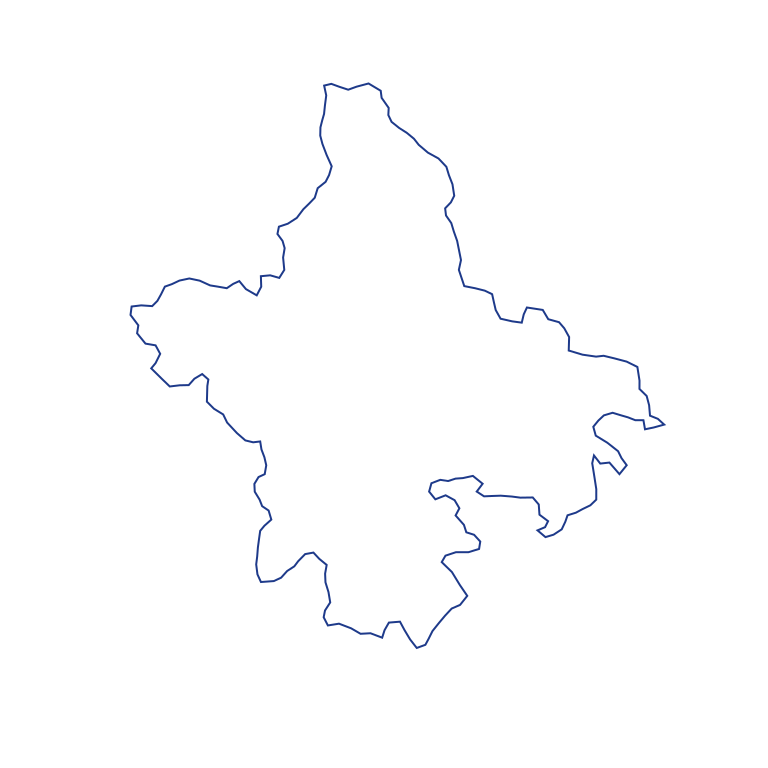 Laje do Muriaé, Rio de Janeiro, Brazil (Natural Earth projection), rotated 127°
{"feature_id": "56859067B52854744724154", "entity_name": "Laje do Muriaé", "entity_type": "district", "adm_level": 2, "iso_a3": "BRA", "parent_name": "Brazil", "parent_adm1": "Rio de Janeiro", "projection": "natural_earth1", "projection_center": [-42.133, -21.251], "detail": "fine", "context": "isolated", "style": "outline", "palette": "blue", "viewbox_px": 768, "rotation_deg": 127, "n_neighbors": 0, "source": "geoboundaries", "source_scale": "gbopen_adm2", "svg_char_len": 3166}
<svg xmlns="http://www.w3.org/2000/svg" viewBox="0 0 768 768"><g transform="rotate(127 384 384)"><path d="M181.7,611.4L188.3,603.8L197.1,598.8L204.4,594.4L210.4,592.1L217.3,589.2L224.0,584.4L229.3,577.7L235.6,567.7L241.6,556.8L250.2,553.6L257.7,552.3L267.5,554.8L276.9,551.4L284.5,552.3L293.0,553.6L303.8,553.6L313.9,557.3L321.6,562.6L328.3,559.4L330.8,551.1L335.3,545.1L343.7,540.7L352.9,532.3L362.3,531.5L365.7,540.3L372.0,547.2L380.2,540.6L389.8,539.0L391.3,551.4L388.9,561.5L394.8,564.7L402.1,567.2L406.4,575.6L409.9,582.2L412.4,593.4L416.9,603.0L424.5,609.6L431.9,613.5L438.1,617.6L446.7,616.0L454.0,615.0L461.3,616.0L467.3,625.2L474.0,632.2L481.4,628.0L485.0,615.5L492.1,611.7L495.3,598.8L490.6,589.7L494.6,580.9L504.8,579.0L511.6,579.3L513.6,564.3L514.9,553.6L508.0,546.4L502.4,539.3L493.9,538.6L485.5,535.2L486.1,527.0L491.9,523.9L504.7,514.8L506.1,504.9L505.1,494.1L509.2,486.1L511.7,472.0L512.5,460.8L509.3,453.4L504.4,448.3L510.0,442.5L514.5,435.4L519.8,429.1L527.8,425.0L533.8,428.2L541.8,427.4L547.8,422.4L551.2,413.8L554.9,407.8L554.5,400.0L560.1,392.4L569.2,394.2L575.8,394.5L582.5,390.8L590.5,386.3L598.2,381.4L605.0,377.5L612.2,370.5L616.2,363.1L607.7,353.4L600.6,349.6L591.6,348.8L583.6,345.9L577.2,345.9L567.3,344.6L561.1,338.9L562.6,330.5L563.0,320.9L570.9,316.9L577.6,311.4L583.6,303.1L590.8,295.5L600.4,294.8L606.6,291.8L610.6,283.5L602.5,275.7L598.9,263.2L597.6,252.4L591.2,244.8L587.7,232.8L580.3,235.4L571.6,236.5L564.2,228.2L568.2,219.5L572.3,209.4L575.1,199.0L567.4,194.0L560.8,195.0L552.1,196.6L541.8,196.3L532.2,195.8L522.6,194.8L514.6,190.3L503.1,190.0L498.9,202.4L493.3,216.6L491.5,230.7L484.1,231.6L475.0,225.3L467.6,215.4L458.5,208.8L451.9,212.3L450.2,221.3L452.9,229.0L448.4,235.4L445.9,247.7L437.9,249.0L434.3,257.7L435.8,267.8L445.2,273.6L442.8,283.2L434.7,286.4L426.7,281.4L422.9,274.4L416.5,269.9L411.7,264.4L403.9,257.7L404.3,245.2L414.1,245.2L413.5,236.5L408.4,230.3L402.9,223.5L396.9,214.1L392.7,206.7L385.1,196.9L387.1,187.9L394.8,181.2L394.8,170.4L401.4,169.2L408.5,173.3L409.1,162.9L402.3,157.9L393.1,154.6L384.9,156.3L378.4,158.4L371.3,153.3L364.3,150.1L356.7,146.2L348.6,144.9L340.2,151.2L332.4,159.2L326.8,165.0L322.0,170.0L314.7,173.3L317.4,163.4L311.1,156.7L314.3,141.7L302.8,141.3L300.3,149.6L296.8,156.6L296.5,170.4L297.8,183.8L292.2,191.1L284.2,190.8L276.7,189.5L269.4,184.1L266.4,175.9L263.8,169.1L261.7,161.6L256.8,155.0L263.1,148.3L256.5,142.5L247.8,135.8L247.0,144.3L249.2,152.5L241.4,159.5L235.5,167.0L234.2,177.0L227.5,182.0L217.9,191.9L220.1,203.7L225.0,215.7L229.3,225.6L234.5,231.1L241.1,243.1L246.1,256.6L235.1,264.4L231.0,273.6L229.3,281.4L233.4,291.8L229.3,301.8L236.9,315.9L244.3,314.3L252.1,310.9L256.8,319.3L261.7,330.2L257.7,339.3L252.6,345.4L247.2,351.7L248.8,359.7L252.7,368.9L257.5,378.8L247.8,392.9L238.7,397.1L225.7,411.7L220.2,420.0L215.0,427.1L212.1,435.9L206.9,440.9L198.7,439.9L191.4,441.2L183.3,449.5L178.1,457.9L173.0,464.9L171.1,476.2L172.8,488.2L172.1,500.2L170.1,507.7L169.7,516.9L170.4,526.0L170.1,535.7L166.6,542.4L160.7,546.4L156.9,558.1L151.8,563.1L153.3,577.2L163.0,584.8L170.5,589.7L173.5,598.5L176.0,606.7L181.7,611.4Z" fill="none" stroke="#1e3a8a" stroke-width="2"/></g></svg>